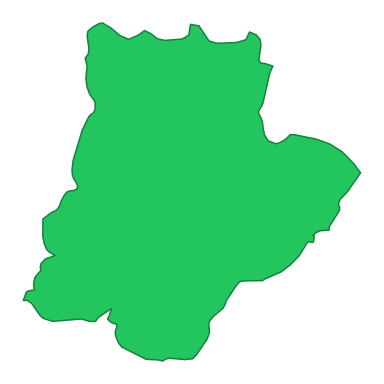 map outline of Bragança (Equal Earth projection)
{"feature_id": "PRT-750", "entity_name": "Bragança", "entity_type": "District", "adm_level": 1, "iso_a3": "PRT", "parent_name": "Portugal", "parent_adm1": "", "projection": "equal_earth", "projection_center": [-6.92, 41.518], "detail": "fine", "context": "isolated", "style": "filled", "palette": "green", "viewbox_px": 384, "rotation_deg": 0, "n_neighbors": 0, "source": "natural_earth", "source_scale": "10m", "svg_char_len": 2223}
<svg xmlns="http://www.w3.org/2000/svg" viewBox="0 0 384 384"><path d="M284.9,269.0L281.2,271.9L265.0,278.9L262.6,280.6L244.6,280.9L239.7,281.7L236.5,285.3L226.7,299.9L224.7,305.2L223.1,308.2L213.4,316.4L209.8,321.0L208.8,323.5L209.5,332.5L207.2,339.0L196.3,355.1L192.6,358.8L185.0,359.6L168.1,358.1L162.4,361.0L162.2,360.9L157.7,359.9L146.0,359.3L121.7,347.0L118.7,343.2L116.5,338.3L115.2,333.6L115.5,330.3L116.7,327.1L116.9,324.5L114.2,323.5L112.3,323.0L110.5,321.9L108.9,320.5L107.6,319.0L108.9,316.6L111.4,308.9L108.6,310.3L98.1,317.7L95.6,321.4L90.0,321.5L81.2,319.0L59.6,320.8L52.6,321.4L43.4,318.4L39.9,315.3L31.7,303.4L27.5,300.5L23.4,300.4L25.1,295.6L25.6,293.8L26.7,291.8L29.4,290.7L33.2,290.1L34.3,289.4L33.9,287.5L33.7,285.1L33.9,282.1L35.0,277.4L37.5,274.1L40.2,271.2L40.8,269.6L40.3,267.4L40.9,263.7L45.7,258.7L55.1,255.6L48.7,251.7L46.3,248.9L44.4,244.0L42.8,236.7L42.9,219.0L51.9,212.2L54.4,211.3L56.7,209.9L59.1,206.8L61.2,201.1L64.4,195.0L67.0,192.0L69.7,190.9L72.2,190.7L74.7,190.1L76.7,189.1L77.6,187.2L77.2,184.9L76.1,182.4L74.6,180.1L73.3,177.7L72.4,174.8L72.0,170.0L73.1,160.5L82.1,130.5L89.0,116.3L91.4,114.1L93.0,113.2L94.4,111.2L95.1,109.1L95.1,104.2L94.8,101.3L89.8,94.5L87.4,88.0L86.6,84.4L85.9,78.1L86.6,70.9L87.3,67.1L85.7,60.1L85.2,58.3L88.3,53.9L88.9,48.2L87.2,36.6L87.8,31.6L89.8,29.4L94.0,26.3L98.8,23.7L102.7,23.0L111.5,28.4L119.9,35.5L128.5,39.3L138.2,35.2L144.6,30.6L147.1,31.8L150.9,33.7L157.6,38.9L165.2,40.4L182.3,39.0L188.8,35.1L190.5,24.4L198.9,25.8L208.9,40.9L217.1,43.3L236.6,42.5L245.9,39.7L249.5,32.1L256.2,34.8L259.9,39.1L261.0,45.0L258.8,60.5L261.0,63.0L265.9,63.8L272.9,66.1L269.8,72.8L263.2,102.1L262.0,105.5L260.1,108.5L258.4,111.9L259.3,115.0L261.1,118.1L262.4,121.5L263.1,128.1L264.6,135.2L268.3,140.9L276.1,143.8L278.9,143.0L283.0,141.0L286.8,138.4L288.6,136.2L290.5,134.6L294.3,134.7L316.5,139.2L330.0,144.1L342.3,151.9L353.9,163.9L357.8,169.2L360.6,172.8L347.5,191.7L340.4,199.1L338.7,202.8L338.9,205.6L339.7,208.0L339.5,210.4L329.1,227.0L329.1,230.1L320.5,230.7L316.7,232.2L313.2,235.0L314.0,235.2L314.2,237.4L313.8,240.2L313.2,242.2L312.1,242.5L308.7,241.8L307.6,242.2L299.0,256.0L290.1,265.0L284.9,269.0Z" fill="#22c55e" stroke="#15803d" stroke-width="1.5"/></svg>